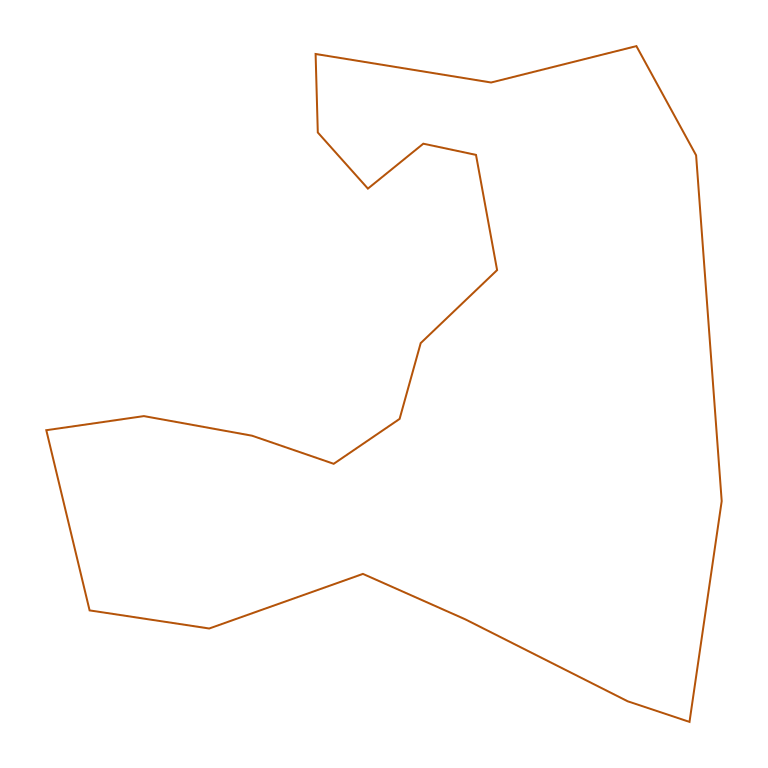 an SVG outline of Port Louis
{"feature_id": "MUS-5189", "entity_name": "Port Louis", "entity_type": "City", "adm_level": 1, "iso_a3": "MUS", "parent_name": "Mauritius", "parent_adm1": "", "projection": "orthographic", "projection_center": [57.509, -20.162], "detail": "fine", "context": "isolated", "style": "outline", "palette": "amber", "viewbox_px": 768, "rotation_deg": 0, "n_neighbors": 0, "source": "natural_earth", "source_scale": "10m", "svg_char_len": 397}
<svg xmlns="http://www.w3.org/2000/svg" viewBox="0 0 768 768"><path d="M89.6,610.4L46.3,430.2L143.9,416.1L252.0,435.7L333.7,463.8L399.6,418.9L420.7,343.1L497.1,270.1L476.0,154.9L423.3,143.7L367.9,188.6L317.8,132.5L315.6,54.0L491.1,82.5L636.4,46.1L696.1,155.3L721.7,501.1L689.5,721.9L627.7,701.3L465.4,619.4L362.9,573.9L209.2,628.5L89.6,610.4Z" fill="none" stroke="#b45309" stroke-width="2"/></svg>